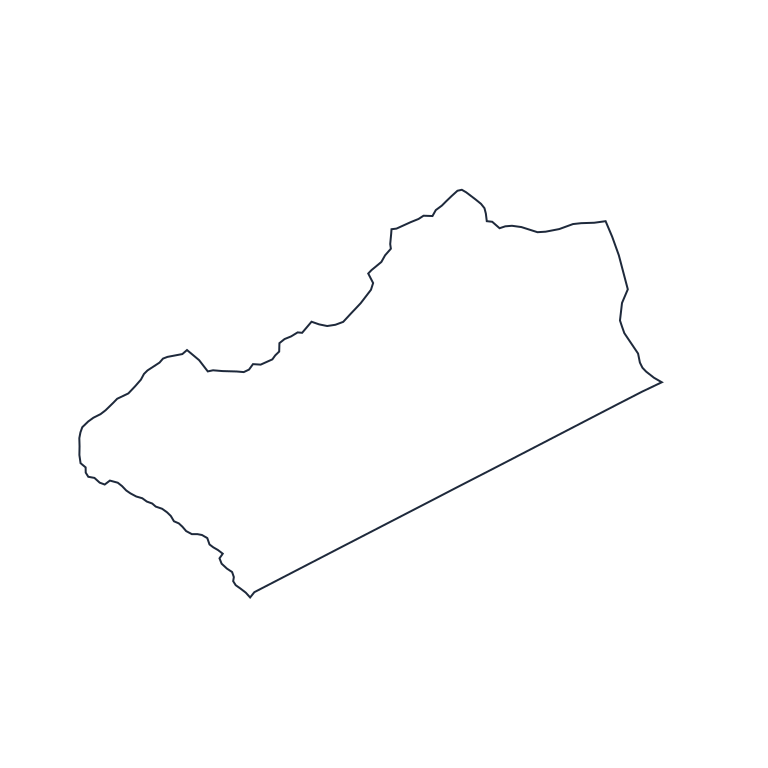 outline of Delmiro Gouveia, Alagoas, Brazil, rotated 120°
{"feature_id": "56859067B13421940338218", "entity_name": "Delmiro Gouveia", "entity_type": "district", "adm_level": 2, "iso_a3": "BRA", "parent_name": "Brazil", "parent_adm1": "Alagoas", "projection": "natural_earth1", "projection_center": [-38.034, -9.399], "detail": "fine", "context": "isolated", "style": "outline", "palette": "slate", "viewbox_px": 768, "rotation_deg": 120, "n_neighbors": 0, "source": "geoboundaries", "source_scale": "gbopen_adm2", "svg_char_len": 1942}
<svg xmlns="http://www.w3.org/2000/svg" viewBox="0 0 768 768"><g transform="rotate(120 384 384)"><path d="M132.2,273.5L139.2,282.5L146.1,293.6L151.0,300.3L162.2,309.7L171.3,320.2L175.8,327.0L179.4,343.5L183.0,352.3L186.8,357.8L191.3,361.8L189.4,371.4L191.6,376.4L185.5,381.0L181.5,384.9L179.5,390.0L178.4,396.9L176.9,408.7L176.9,413.7L179.9,417.0L187.0,419.3L194.6,421.5L200.6,423.1L207.5,426.1L214.3,426.0L218.5,433.9L223.8,436.6L230.6,441.9L243.2,450.9L246.2,454.9L250.3,452.9L259.7,448.6L263.4,445.7L272.0,447.4L279.6,447.3L291.7,451.8L296.2,452.9L302.0,443.9L308.9,442.4L325.7,444.6L339.6,447.9L350.6,450.4L357.0,455.7L362.2,462.2L364.8,470.0L366.3,477.9L380.6,480.5L382.5,484.6L389.3,488.3L394.8,492.6L400.9,495.0L408.3,491.0L413.6,492.5L418.5,493.0L428.9,500.5L432.3,507.4L439.0,508.1L443.8,511.4L446.8,517.8L453.6,530.4L457.6,538.9L461.2,542.9L455.8,556.0L454.6,562.8L453.1,571.6L458.9,573.6L468.8,585.1L472.5,588.1L477.7,589.1L490.5,595.6L495.3,596.9L501.8,596.7L510.4,598.4L520.0,600.7L530.2,607.7L536.1,609.2L546.0,612.0L551.8,614.4L558.5,618.8L564.3,621.4L572.3,623.7L577.7,622.7L583.2,620.8L590.2,616.5L597.8,612.3L604.3,607.2L605.4,600.7L609.9,598.0L612.2,593.7L610.1,587.8L611.6,580.9L610.7,575.6L604.7,573.1L602.6,565.2L603.4,559.8L605.1,554.0L605.5,549.0L605.3,542.3L603.8,536.2L604.4,530.6L603.4,525.0L604.3,520.4L603.0,513.8L603.6,507.7L604.9,502.6L607.9,497.3L607.3,492.0L608.4,487.2L610.3,481.8L610.1,475.3L607.3,470.5L605.8,466.2L605.8,460.0L610.2,454.9L610.8,450.2L610.8,444.9L611.6,438.8L617.2,439.3L620.8,434.8L622.4,427.8L622.8,421.5L626.3,417.5L630.2,416.0L632.4,411.8L632.9,406.2L633.8,399.4L635.8,393.2L629.1,392.2L549.9,341.5L458.4,282.8L438.8,270.3L397.8,243.9L286.0,172.4L261.5,156.6L243.6,144.3L243.6,153.4L242.2,163.2L240.7,168.3L237.5,173.1L230.6,179.2L219.8,201.3L215.1,206.8L211.0,211.4L194.8,218.4L180.1,220.2L155.1,245.0L142.4,260.0L132.2,273.5Z" fill="none" stroke="#1e293b" stroke-width="2"/></g></svg>